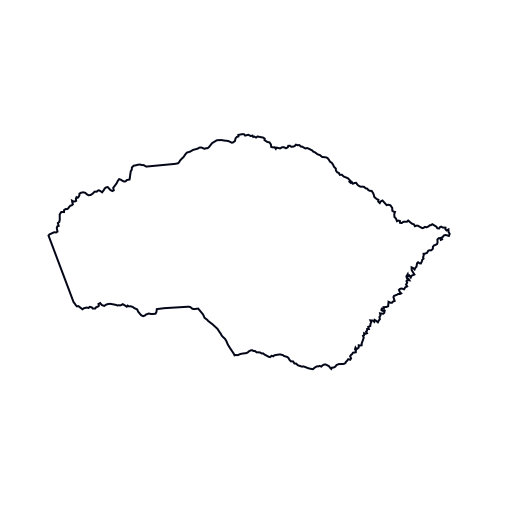 the district of Jaraguari, Mato Grosso do Sul, Brazil, rotated 333°
{"feature_id": "56859067B2748289037415", "entity_name": "Jaraguari", "entity_type": "district", "adm_level": 2, "iso_a3": "BRA", "parent_name": "Brazil", "parent_adm1": "Mato Grosso do Sul", "projection": "equal_earth", "projection_center": [-54.287, -20.248], "detail": "fine", "context": "isolated", "style": "outline", "palette": "ink", "viewbox_px": 512, "rotation_deg": 333, "n_neighbors": 0, "source": "geoboundaries", "source_scale": "gbopen_adm2", "svg_char_len": 6135}
<svg xmlns="http://www.w3.org/2000/svg" viewBox="0 0 512 512"><g transform="rotate(333 256 256)"><path d="M225.8,137.2L198.8,126.5L197.1,123.9L195.7,123.3L194.3,121.9L192.0,121.0L189.9,120.6L188.0,120.0L185.6,120.8L184.4,122.8L182.9,123.6L178.1,130.4L175.2,129.7L173.7,130.3L172.2,129.7L171.2,128.4L170.2,126.7L169.0,125.4L167.0,126.3L165.2,127.7L163.0,128.9L160.8,129.9L159.7,130.5L159.1,132.9L157.5,132.9L156.2,131.1L155.2,127.3L153.6,126.8L151.9,127.1L150.1,128.3L147.8,129.4L146.9,127.6L145.8,126.1L144.4,126.0L143.3,126.4L141.4,125.4L139.1,126.2L136.4,126.6L134.3,125.8L133.3,124.2L132.6,122.3L131.1,120.9L129.0,120.2L127.0,120.3L126.2,121.7L125.1,122.6L123.6,123.2L122.8,122.1L121.5,123.2L120.8,125.2L119.6,125.2L118.1,124.6L117.2,123.2L116.7,124.7L116.3,126.8L115.0,127.2L113.4,126.9L111.7,127.5L110.3,128.3L109.0,128.5L107.7,127.7L105.8,128.0L104.9,129.7L102.5,128.4L100.0,129.8L97.5,134.8L96.2,136.3L94.4,136.7L93.8,139.6L92.4,139.4L91.2,140.6L90.2,144.1L88.6,144.3L86.9,143.2L81.8,143.0L80.4,143.6L72.5,214.4L72.9,216.1L73.1,218.0L73.6,219.6L75.0,220.0L77.2,224.7L78.8,224.4L81.8,225.1L83.2,226.3L84.7,225.8L86.3,227.1L86.7,228.7L88.8,229.8L90.3,229.1L92.1,229.3L93.4,229.0L93.9,227.2L95.8,227.2L96.3,229.6L98.1,231.6L100.2,231.3L102.4,231.6L104.5,232.5L108.8,235.8L110.1,237.2L111.3,237.5L112.4,238.3L114.1,238.6L115.4,238.4L116.6,240.3L117.8,242.5L119.1,241.9L119.8,243.1L121.5,243.9L123.0,245.4L124.0,247.3L125.9,249.7L125.7,252.0L126.8,256.7L128.2,258.4L130.1,258.6L131.3,258.2L134.4,258.6L136.1,260.0L137.6,260.8L140.3,261.8L141.9,260.6L143.5,258.3L150.7,260.9L173.0,270.6L174.3,271.7L175.4,274.2L176.9,275.3L180.6,276.6L182.3,284.1L182.1,287.7L183.5,290.6L183.9,292.2L186.2,297.0L188.6,303.4L189.0,307.4L189.3,308.9L189.3,310.9L189.6,312.6L190.7,315.5L191.0,317.9L190.7,322.0L191.0,326.0L191.8,332.5L191.8,334.8L193.0,335.0L194.8,336.1L197.4,336.2L199.3,336.7L203.3,338.1L204.7,338.2L206.6,337.7L208.5,337.7L209.8,338.2L210.6,339.5L211.9,340.1L212.9,342.2L214.4,342.9L215.9,343.9L216.8,345.4L218.1,346.0L218.8,347.6L221.6,351.6L222.7,352.5L224.6,352.0L225.8,353.2L227.3,352.8L230.5,353.8L232.8,354.6L234.9,356.5L235.7,358.0L237.8,359.9L238.6,361.4L238.7,363.7L239.3,365.7L241.2,366.8L241.4,369.2L242.9,370.1L243.7,372.4L246.8,375.5L248.1,375.9L249.7,377.5L251.1,379.2L252.8,380.8L255.4,382.7L257.1,382.2L258.8,382.0L260.3,382.0L261.5,382.7L262.8,382.8L264.0,384.2L265.4,383.7L266.8,383.6L268.5,384.0L269.7,385.5L271.0,387.3L271.3,389.2L271.8,390.8L273.0,390.0L274.5,390.6L276.4,390.6L278.3,389.7L279.6,389.8L280.8,389.9L283.6,391.3L285.3,392.0L287.1,392.0L288.1,391.1L289.7,390.7L291.3,389.8L292.8,391.2L294.2,390.4L294.4,388.0L295.7,387.3L297.1,387.0L298.5,386.2L301.2,387.1L302.0,385.7L301.9,384.0L303.1,382.8L303.3,384.6L304.6,384.6L305.9,384.2L307.0,382.2L308.0,383.0L309.6,383.5L310.3,382.1L313.7,378.9L315.0,377.5L315.1,375.7L316.4,375.6L317.3,373.9L318.2,375.0L319.8,375.2L319.8,373.3L321.0,373.0L321.9,371.5L323.4,372.3L323.8,370.1L326.0,370.3L327.3,368.3L328.6,367.3L328.7,365.3L330.7,366.5L331.5,368.3L332.7,366.8L333.6,368.2L334.5,370.4L336.3,369.1L337.7,368.5L338.3,366.4L339.9,365.5L340.5,363.4L343.0,365.2L344.4,364.9L345.7,363.3L343.9,362.4L343.2,361.1L344.2,360.0L346.0,361.0L346.4,359.5L349.0,360.6L350.9,360.8L353.3,357.0L354.5,358.6L355.8,359.4L357.3,358.8L359.1,359.0L359.8,355.0L360.9,354.2L363.8,354.5L365.4,354.4L367.0,355.2L368.4,355.2L367.8,353.4L368.0,351.1L369.2,350.7L370.6,350.9L371.7,351.7L372.8,352.9L374.7,351.7L376.9,351.7L376.7,349.6L378.5,348.5L378.7,346.7L380.0,346.3L381.6,347.3L381.4,345.6L380.4,344.7L380.7,342.5L382.9,341.1L382.3,343.1L383.7,342.8L384.1,345.4L385.5,344.2L388.7,344.4L388.3,339.3L389.5,336.8L390.6,338.2L391.2,340.0L392.4,339.0L394.2,338.3L396.2,335.6L397.6,335.2L398.3,336.7L399.5,337.5L401.1,336.3L402.4,334.9L404.1,334.4L404.3,332.9L405.6,331.8L406.3,330.1L407.8,330.7L409.9,330.8L411.9,329.5L413.3,329.7L414.4,330.4L415.6,330.3L416.9,329.8L417.8,328.1L419.5,327.4L421.0,327.6L422.9,327.5L423.9,326.3L425.2,323.6L426.8,323.1L428.2,323.6L428.0,325.6L429.4,325.6L429.5,323.8L431.2,323.8L432.6,323.0L434.1,323.2L435.5,324.2L437.0,325.7L438.6,324.2L438.5,321.9L439.5,319.7L437.4,319.8L436.9,318.3L437.7,316.8L435.2,315.3L434.3,313.9L433.0,313.8L431.7,314.6L430.2,313.7L430.0,311.7L427.5,307.7L426.0,308.0L424.8,307.5L423.4,307.9L421.1,307.9L419.6,306.7L418.1,307.0L416.7,306.6L413.9,302.4L412.7,301.8L411.1,301.6L411.1,299.6L409.5,297.8L407.7,293.5L406.1,294.0L404.6,293.3L403.5,292.6L402.3,292.5L400.8,292.8L399.4,291.8L400.1,290.1L398.8,289.0L397.4,289.0L397.7,286.3L397.1,284.0L398.2,281.4L399.8,279.9L398.7,278.9L398.0,277.6L399.2,275.0L398.8,271.9L397.2,270.4L395.5,270.0L393.9,264.0L391.8,264.0L390.3,265.0L389.6,263.0L390.6,261.5L389.6,260.4L388.7,258.4L388.2,256.9L388.7,255.3L388.9,253.2L388.6,250.5L387.0,249.6L386.0,248.2L385.7,246.5L384.4,245.5L383.7,243.5L382.1,242.4L380.5,241.6L379.4,240.1L378.8,238.7L378.4,236.2L376.9,235.7L375.2,235.6L375.0,233.9L373.7,234.1L373.0,232.3L374.3,232.1L373.1,228.3L370.2,225.0L369.4,222.6L367.5,221.7L367.5,219.6L366.3,218.2L366.0,216.1L366.8,214.3L366.0,212.0L366.1,209.5L365.8,207.3L364.8,205.7L364.6,203.1L364.2,201.2L363.3,200.0L359.9,197.8L358.7,195.0L357.6,194.0L356.7,192.7L355.8,190.7L354.4,189.0L354.0,187.5L351.6,184.2L350.5,183.0L348.8,182.6L346.8,179.5L345.7,178.9L345.0,176.9L343.4,176.2L342.1,174.9L340.4,175.6L339.1,175.5L337.0,174.7L336.2,173.1L334.7,172.5L333.7,173.6L331.6,173.6L330.2,171.7L328.4,170.9L326.4,171.1L323.4,168.7L322.3,169.5L322.0,167.6L320.4,166.9L319.1,165.8L319.9,163.3L319.6,160.9L317.9,159.6L316.2,156.6L317.0,155.4L316.2,153.8L311.6,150.2L309.8,150.5L308.7,148.8L307.6,148.7L307.5,147.1L305.8,146.8L304.2,144.5L301.0,143.8L300.6,142.1L299.1,141.2L295.2,140.1L294.6,141.5L293.0,141.2L291.2,141.9L289.4,144.0L287.1,144.4L285.9,144.1L283.7,141.2L282.3,140.1L280.5,139.0L277.7,136.9L273.7,135.1L268.1,135.5L263.8,137.5L261.9,138.0L260.5,137.3L258.7,137.1L257.5,135.5L256.2,134.3L254.6,133.7L252.9,133.9L248.1,132.9L244.7,133.1L241.4,132.5L239.7,133.1L236.2,135.0L234.3,135.5L231.6,136.5L230.1,137.5L228.7,138.0L225.8,137.2Z" fill="none" stroke="#020617" stroke-width="2"/></g></svg>